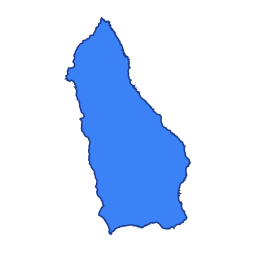 the district of Sao Joao Baptista, Porto Novo, Cabo Verde, rotated 275°
{"feature_id": "66160863B46579427106888", "entity_name": "Sao Joao Baptista", "entity_type": "district", "adm_level": 2, "iso_a3": "CPV", "parent_name": "Cabo Verde", "parent_adm1": "Porto Novo", "projection": "orthographic", "projection_center": [-25.144, 17.011], "detail": "fine", "context": "isolated", "style": "filled", "palette": "blue", "viewbox_px": 256, "rotation_deg": 275, "n_neighbors": 0, "source": "geoboundaries", "source_scale": "gbopen_adm2", "svg_char_len": 5840}
<svg xmlns="http://www.w3.org/2000/svg" viewBox="0 0 256 256"><g transform="rotate(275 128 128)"><path d="M176.0,63.4L174.4,61.6L172.5,62.5L171.6,61.7L171.5,63.3L170.7,63.5L170.6,63.9L170.1,63.6L169.6,65.5L169.7,66.4L170.9,67.6L169.5,69.7L168.2,70.8L166.7,71.3L165.7,72.5L164.5,72.5L163.9,72.8L163.7,72.3L163.9,71.7L160.7,73.9L160.0,73.6L158.3,73.7L158.2,74.0L156.3,73.4L153.6,75.0L152.5,74.9L150.1,77.2L145.5,78.0L139.7,80.2L137.9,82.8L137.0,82.9L136.9,83.2L135.7,83.4L134.0,82.2L133.6,80.5L132.7,79.4L131.5,80.9L129.5,82.0L127.2,81.5L126.6,81.9L126.3,81.6L125.8,81.9L123.7,81.6L123.0,82.2L121.3,82.1L119.2,84.5L118.3,84.7L116.3,86.2L115.6,87.3L115.3,89.0L114.7,89.5L112.8,90.2L111.0,91.3L109.8,91.6L109.2,91.2L106.4,90.9L103.5,91.2L103.0,90.8L100.6,91.1L98.7,92.1L98.0,92.1L97.6,91.7L95.6,91.6L94.4,92.3L94.0,91.8L93.1,91.6L92.2,92.0L91.0,93.0L89.0,92.7L87.4,94.5L85.8,94.9L83.6,96.6L82.5,98.1L80.9,98.5L79.9,98.4L77.7,99.6L75.7,99.9L73.6,101.4L72.1,101.8L68.6,101.5L66.8,100.8L63.9,103.3L62.2,102.4L60.2,102.8L57.5,104.3L56.2,106.5L54.5,107.8L53.7,107.8L53.1,108.7L51.6,109.1L51.2,109.5L49.6,109.6L48.3,110.6L47.2,109.7L46.9,109.0L44.4,107.9L43.7,107.9L42.2,106.9L40.1,106.5L38.5,106.7L37.5,109.6L36.7,110.2L36.3,111.3L34.9,112.6L34.5,112.5L34.2,113.2L33.2,113.6L33.2,114.1L31.7,114.6L31.4,115.1L29.9,116.2L26.0,118.1L25.7,118.8L23.4,118.0L21.3,118.8L20.7,120.2L21.2,120.8L22.0,120.4L22.6,120.6L23.9,122.4L25.7,123.8L26.1,123.8L28.4,127.3L28.4,128.0L29.1,128.5L29.5,131.1L30.3,132.1L30.0,132.9L30.5,133.4L30.5,134.9L31.2,136.5L31.9,140.7L31.2,141.9L31.2,143.7L31.6,143.7L31.1,144.8L31.3,145.5L31.1,145.7L30.7,145.3L31.3,146.0L30.5,146.3L31.1,147.6L30.5,148.0L29.8,149.8L30.4,150.3L30.2,151.0L30.7,151.2L30.7,152.0L32.3,153.5L32.4,154.7L33.0,154.7L33.1,155.8L34.0,156.6L34.3,158.0L35.1,158.2L35.7,159.0L35.3,160.7L36.7,164.8L35.7,167.0L33.6,169.2L32.9,169.6L32.6,170.3L31.9,170.5L31.7,171.3L31.2,171.8L30.9,175.1L31.0,175.8L31.5,176.4L31.1,176.9L31.4,177.2L31.3,178.1L33.4,180.2L33.4,180.8L32.3,182.5L33.2,182.5L35.8,184.7L36.6,186.6L36.4,187.1L36.6,188.2L37.8,189.0L38.9,191.0L41.0,191.8L41.1,192.5L41.5,192.6L41.7,193.2L42.6,194.0L43.7,194.4L46.3,193.0L47.5,191.9L49.7,191.5L49.7,190.9L50.0,191.0L50.0,190.6L51.4,189.6L51.7,189.0L54.6,188.1L57.0,188.1L57.2,187.6L57.4,188.0L57.8,187.3L58.6,187.6L58.8,187.4L58.5,186.0L60.2,185.0L63.7,184.2L64.6,184.2L64.8,184.6L65.0,184.3L65.2,184.7L66.0,184.0L66.8,184.0L66.9,184.6L67.2,184.3L67.3,184.8L67.4,184.5L67.8,184.7L68.2,183.9L69.1,183.9L69.7,184.1L70.3,184.7L70.7,184.2L71.5,184.0L73.5,184.4L73.6,184.7L75.1,184.5L77.3,185.3L77.9,185.7L78.5,187.1L79.6,187.9L80.8,188.1L81.0,189.0L82.4,188.5L82.9,189.0L82.9,189.7L84.1,189.8L85.7,190.5L86.1,190.1L86.5,190.4L86.3,190.8L87.0,189.9L88.0,190.0L88.7,189.6L91.9,189.3L94.1,189.6L94.6,189.9L94.6,190.5L95.2,190.6L95.2,191.1L95.8,191.2L95.5,191.5L95.9,191.7L98.1,192.0L98.1,192.6L98.6,193.0L99.7,192.5L100.3,191.7L101.5,191.8L102.0,191.4L103.6,189.0L104.9,188.0L106.9,187.2L107.7,187.4L109.4,186.4L111.9,185.8L112.3,186.0L112.5,185.7L113.7,185.6L114.4,186.3L115.0,186.0L115.5,184.8L116.5,184.6L117.1,183.8L118.0,183.9L118.7,183.5L118.9,181.7L119.6,181.6L119.5,181.4L120.0,180.9L121.8,179.5L122.7,178.1L123.8,177.5L123.9,176.6L124.5,176.2L124.4,175.5L125.0,175.1L124.9,174.6L125.9,174.4L125.9,173.4L126.2,173.5L126.3,172.9L126.7,172.8L126.5,172.5L126.9,172.4L127.3,170.8L128.9,170.5L129.2,170.0L129.2,168.9L129.9,167.0L131.3,165.8L132.1,163.5L133.1,162.3L134.0,161.6L134.7,161.8L136.7,160.6L138.4,160.2L141.7,160.2L143.6,159.0L144.4,155.3L146.2,153.5L147.1,151.8L147.8,151.4L148.9,151.9L149.3,149.9L150.3,149.0L150.7,149.2L150.6,148.8L152.0,147.9L152.4,146.9L153.0,146.7L153.8,145.4L154.3,145.3L154.8,144.0L155.2,144.1L155.9,143.2L156.2,143.3L156.3,142.8L157.1,142.1L159.1,138.4L163.0,136.1L163.8,136.2L163.7,135.8L164.2,135.2L164.9,135.4L165.1,134.0L166.1,132.8L167.0,132.6L167.2,132.8L167.6,132.0L168.1,132.1L167.8,131.5L168.2,130.7L168.5,130.7L168.3,130.5L168.6,130.0L169.2,129.8L169.6,130.1L169.6,129.8L170.1,129.7L170.1,129.9L170.3,129.6L170.6,129.9L170.4,129.0L170.9,128.8L171.2,128.1L172.6,126.5L174.6,125.8L175.9,126.7L176.1,125.9L177.1,125.0L179.3,124.3L180.3,123.6L181.2,123.8L183.0,123.7L184.3,123.1L185.2,123.4L186.5,123.2L187.2,123.8L188.5,123.7L187.9,125.2L189.4,123.5L190.8,123.5L191.8,123.1L192.1,123.3L192.3,123.0L192.6,123.4L193.6,123.4L194.1,123.0L194.8,123.0L195.7,122.4L196.2,122.8L196.2,122.4L198.1,121.8L198.4,121.2L198.7,121.4L199.3,120.5L199.0,120.4L199.2,119.6L199.6,119.4L199.0,119.2L199.4,119.0L199.8,117.9L200.6,117.5L201.2,117.9L201.4,117.6L201.6,118.2L202.6,116.9L203.0,116.9L203.0,117.3L204.8,116.5L205.1,115.8L205.5,116.0L205.5,115.5L206.2,115.9L208.9,115.1L209.5,114.3L210.4,114.1L210.9,113.5L210.8,113.0L211.4,113.2L212.6,112.2L213.0,112.4L213.9,112.0L213.9,111.4L215.7,110.7L217.9,108.4L218.3,108.6L219.0,107.7L219.7,107.6L219.9,107.0L221.7,106.8L221.9,106.0L222.7,106.0L222.9,105.5L224.0,104.7L224.0,104.3L224.3,104.4L225.0,103.8L224.7,103.6L225.1,103.5L225.1,103.0L225.7,102.9L225.8,102.3L226.3,102.4L228.0,101.4L228.2,101.6L228.6,100.7L228.8,101.0L229.3,100.7L229.4,101.1L231.0,99.8L231.5,100.3L231.6,100.0L232.2,100.0L232.5,99.4L232.0,99.1L232.1,98.0L232.5,97.8L231.6,96.7L232.0,96.5L231.8,96.2L232.3,95.6L233.1,95.3L233.1,94.3L234.0,94.3L233.9,93.7L235.3,92.1L233.5,91.4L230.7,91.5L229.9,91.2L229.4,89.9L228.9,89.7L227.4,89.9L226.2,89.4L225.7,88.1L224.7,87.3L224.1,87.6L222.3,87.1L219.8,85.9L217.5,85.5L217.3,83.7L216.7,82.1L215.2,82.0L213.5,81.0L213.2,79.4L211.7,78.1L211.3,76.0L210.8,75.6L208.6,75.3L207.7,73.3L203.5,70.5L201.3,70.0L199.7,69.0L197.8,68.9L196.5,68.0L195.0,68.0L194.2,68.5L192.7,68.7L190.1,67.8L189.5,67.4L187.9,68.8L185.5,69.4L184.2,68.9L183.5,67.9L182.7,65.9L182.7,64.0L182.3,63.5L181.5,63.2L180.6,63.6L179.5,62.7L176.0,63.4Z" fill="#3b82f6" stroke="#1e3a8a" stroke-width="1.5"/></g></svg>